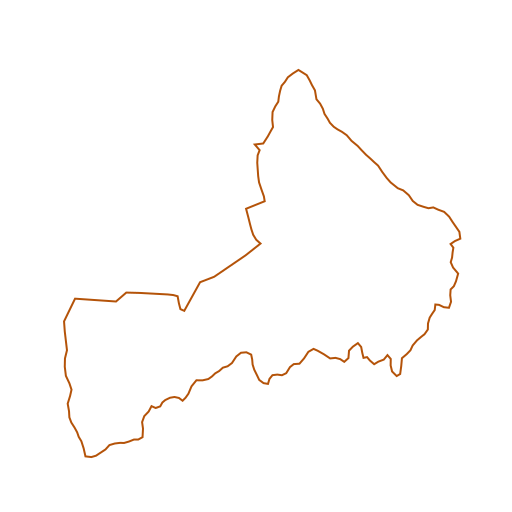 the district of São José do Jacuípe, Bahia, Brazil, rotated 353°
{"feature_id": "56859067B82221409109894", "entity_name": "São José do Jacuípe", "entity_type": "district", "adm_level": 2, "iso_a3": "BRA", "parent_name": "Brazil", "parent_adm1": "Bahia", "projection": "equal_earth", "projection_center": [-39.906, -11.422], "detail": "fine", "context": "isolated", "style": "outline", "palette": "amber", "viewbox_px": 512, "rotation_deg": 353, "n_neighbors": 0, "source": "geoboundaries", "source_scale": "gbopen_adm2", "svg_char_len": 2732}
<svg xmlns="http://www.w3.org/2000/svg" viewBox="0 0 512 512"><g transform="rotate(353 256 256)"><path d="M286.0,368.2L291.2,363.5L296.3,357.5L301.8,355.2L305.6,357.5L311.4,361.8L317.1,366.7L322.5,366.8L327.0,368.6L330.7,371.8L335.3,368.6L336.8,361.3L341.1,357.8L346.5,354.9L349.3,359.1L349.7,365.2L350.3,370.2L353.9,369.9L356.3,373.6L360.1,377.8L364.5,375.8L370.2,374.4L374.4,370.4L377.2,374.6L376.3,381.0L377.0,387.2L381.0,392.3L384.7,390.7L386.7,383.1L388.4,375.2L393.6,371.8L397.8,368.4L400.6,363.9L405.6,359.3L410.2,356.3L413.8,354.1L417.6,349.9L418.5,343.9L420.9,338.3L423.7,334.9L426.8,331.4L428.1,326.0L431.7,326.8L436.2,329.7L441.2,330.9L444.0,325.2L444.0,318.6L445.1,312.9L448.7,310.1L451.4,305.5L454.5,298.1L450.2,291.5L448.5,285.9L450.4,281.5L451.6,276.3L452.9,271.8L450.6,267.8L455.3,265.4L460.9,263.7L460.8,256.8L455.1,245.9L452.5,240.5L448.1,235.1L442.6,232.3L437.9,229.4L433.0,229.6L428.3,227.6L422.6,224.9L418.3,220.5L415.1,214.3L410.1,208.8L405.0,206.0L398.6,199.4L395.3,194.6L391.5,187.9L388.2,181.2L384.5,177.0L381.6,173.5L377.5,168.9L373.5,163.6L370.3,159.1L364.8,153.3L360.8,147.2L356.4,143.2L352.3,140.2L348.9,137.2L345.6,132.8L343.9,128.6L341.3,123.3L340.3,118.0L338.2,112.6L335.1,107.8L334.7,98.8L332.3,93.0L330.7,88.3L328.4,82.7L324.5,79.5L320.8,76.5L314.9,79.3L309.4,82.5L305.9,86.7L302.2,90.1L300.1,94.9L298.2,100.4L296.9,105.6L293.4,109.8L290.0,115.1L288.7,123.0L288.6,130.1L286.0,133.6L282.4,138.6L276.9,145.2L272.4,145.2L268.4,145.2L272.5,151.4L269.9,156.3L268.6,163.6L267.9,177.0L268.0,183.3L269.5,190.6L271.1,197.8L271.3,202.7L251.9,207.9L253.1,216.7L254.0,224.1L254.7,229.1L255.8,234.6L258.2,239.9L262.0,244.2L245.7,254.1L212.0,271.5L197.3,275.2L178.1,301.7L174.5,299.5L173.7,293.4L173.3,286.4L169.2,284.7L163.7,283.4L136.2,278.5L122.8,276.5L111.5,284.1L71.2,276.3L57.5,297.5L57.0,307.6L56.9,326.5L53.9,334.4L52.7,342.6L52.7,351.8L55.3,359.7L56.6,366.2L54.4,372.3L51.1,379.6L51.5,387.3L51.1,393.4L52.4,398.8L55.0,404.2L57.0,409.2L58.0,413.9L60.1,418.6L61.5,426.0L62.3,434.1L68.1,435.5L72.9,434.7L77.1,432.6L83.0,429.7L87.5,425.8L93.0,424.9L98.4,424.9L102.2,425.5L107.2,424.7L112.5,423.3L116.8,423.8L121.3,422.0L122.8,413.6L122.7,407.0L125.6,401.3L130.5,397.3L134.0,392.3L137.8,394.6L142.6,393.6L145.2,390.0L148.4,387.9L153.4,386.2L157.9,386.0L162.2,387.5L165.5,390.7L168.8,388.1L172.1,384.5L176.1,377.5L181.7,372.1L187.8,372.9L193.7,372.3L197.6,370.2L201.2,367.5L205.4,365.7L209.5,362.8L214.4,362.0L219.1,359.3L224.2,353.3L229.3,350.2L234.7,350.4L239.2,353.3L239.6,358.3L239.4,363.3L240.4,368.6L242.5,374.6L244.1,379.4L248.0,383.1L252.3,384.4L254.4,379.6L257.8,376.3L262.7,376.3L267.2,377.5L271.7,376.0L276.2,370.4L280.3,367.9L286.0,368.2Z" fill="none" stroke="#b45309" stroke-width="2"/></g></svg>